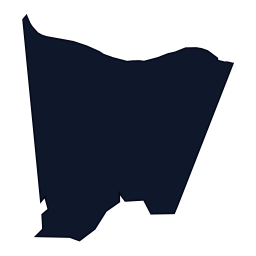 outline of Bracken, Kentucky, United States of America
{"feature_id": "52423323B34365649324195", "entity_name": "Bracken", "entity_type": "district", "adm_level": 2, "iso_a3": "USA", "parent_name": "United States of America", "parent_adm1": "Kentucky", "projection": "orthographic", "projection_center": [-84.084, 38.689], "detail": "fine", "context": "isolated", "style": "filled", "palette": "ink", "viewbox_px": 256, "rotation_deg": 0, "n_neighbors": 0, "source": "geoboundaries", "source_scale": "gbopen_adm2", "svg_char_len": 679}
<svg xmlns="http://www.w3.org/2000/svg" viewBox="0 0 256 256"><path d="M42.1,214.5L42.9,229.1L35.6,236.4L69.6,237.1L79.5,240.6L94.8,229.0L106.1,211.1L119.4,201.8L119.2,193.0L125.2,201.0L143.8,199.9L151.0,213.8L174.2,213.4L177.7,205.0L233.0,63.4L232.9,63.4L227.3,62.1L224.6,62.2L218.4,60.7L217.4,60.1L217.4,58.2L207.6,50.9L201.6,48.8L196.1,47.9L185.6,48.1L175.1,52.3L168.3,53.8L157.6,57.9L144.1,61.5L139.5,60.9L138.9,60.9L132.1,61.1L127.0,61.6L112.5,57.8L103.4,54.5L99.1,51.7L86.8,46.2L73.6,41.8L46.8,36.9L42.2,35.5L37.6,33.0L31.8,26.5L29.8,23.3L26.7,16.1L26.5,15.4L23.0,19.5L40.8,201.8L44.9,196.8L48.3,209.3L42.1,214.5Z" fill="#0f172a" stroke="#020617" stroke-width="1.5"/></svg>